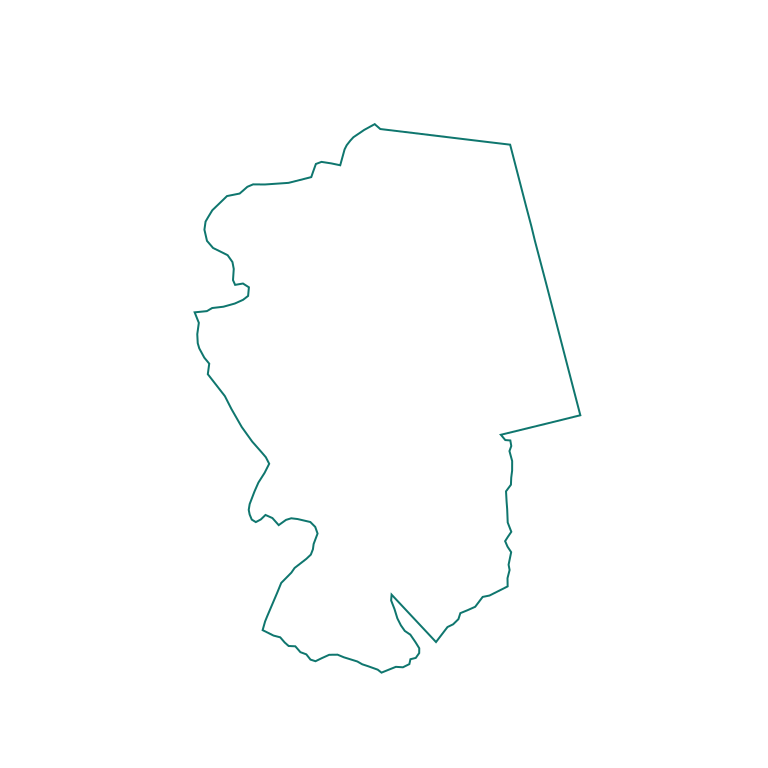 outline of Jataúba, Pernambuco, Brazil, rotated 325°
{"feature_id": "56859067B12457133814695", "entity_name": "Jataúba", "entity_type": "district", "adm_level": 2, "iso_a3": "BRA", "parent_name": "Brazil", "parent_adm1": "Pernambuco", "projection": "mercator", "projection_center": [-36.582, -8.057], "detail": "fine", "context": "isolated", "style": "outline", "palette": "teal", "viewbox_px": 768, "rotation_deg": 325, "n_neighbors": 0, "source": "geoboundaries", "source_scale": "gbopen_adm2", "svg_char_len": 2074}
<svg xmlns="http://www.w3.org/2000/svg" viewBox="0 0 768 768"><g transform="rotate(325 384 384)"><path d="M385.2,144.1L375.0,145.2L363.2,140.0L343.0,143.2L335.3,146.6L331.0,148.6L325.4,154.6L321.1,165.2L322.0,174.5L329.8,188.8L329.8,197.2L326.9,203.6L319.9,212.3L318.9,217.4L326.1,220.8L328.8,227.3L323.2,233.9L316.8,234.2L307.9,232.5L296.8,228.6L286.8,223.2L280.7,222.7L270.0,216.7L267.4,227.7L259.6,236.1L254.8,243.8L253.1,248.9L251.9,259.3L252.5,267.1L245.3,274.9L246.7,302.7L244.7,316.8L242.8,337.6L243.0,355.6L244.5,369.0L245.2,376.2L244.2,383.5L235.2,388.3L224.6,392.7L216.2,397.8L205.1,405.3L201.0,409.5L199.1,413.8L197.9,419.2L199.8,423.6L205.4,424.3L211.8,423.3L215.7,429.8L216.8,439.2L225.8,439.1L231.0,440.8L235.8,445.1L244.5,454.8L245.7,461.6L243.8,468.4L234.6,474.7L231.0,478.6L226.2,481.8L220.0,482.7L205.3,483.4L199.9,485.4L185.7,488.0L177.0,493.6L155.2,507.2L150.4,510.3L143.4,516.0L149.2,526.7L153.7,532.0L154.4,538.8L155.6,543.9L160.9,548.0L161.7,555.7L165.3,560.9L165.7,567.6L168.9,571.8L175.8,572.9L183.8,574.4L190.7,579.1L194.4,584.9L197.2,588.5L203.0,596.0L205.4,601.1L209.2,606.2L215.0,614.4L216.4,619.0L223.8,620.7L231.5,622.5L237.0,626.9L244.1,628.0L247.8,624.6L252.9,626.6L258.5,624.6L261.3,620.7L261.7,613.5L261.8,604.5L259.4,598.2L259.4,591.4L260.5,583.7L263.5,574.4L265.7,565.4L269.4,560.9L278.6,625.2L296.6,619.5L302.8,620.5L310.1,619.3L315.1,615.5L322.6,617.2L330.9,618.8L342.7,615.0L349.1,617.8L369.2,620.7L373.8,613.9L380.2,608.4L382.4,603.5L391.7,594.7L391.9,588.0L393.1,582.2L397.7,580.3L403.5,578.1L405.9,568.4L413.1,557.2L417.0,550.6L422.4,541.9L430.2,539.3L434.5,533.7L439.3,528.4L444.8,520.6L448.3,510.9L452.7,507.8L455.1,502.7L451.2,499.5L450.6,492.6L496.0,510.3L526.9,522.2L544.2,475.7L573.0,398.6L574.9,393.5L589.8,353.1L595.2,339.3L602.3,320.0L624.6,260.3L608.8,246.2L527.2,173.0L525.4,165.8L513.5,164.5L500.5,164.3L496.0,165.3L490.4,167.0L486.3,169.2L473.6,179.7L467.3,173.0L460.2,166.2L454.4,164.7L447.2,169.8L443.1,172.8L421.2,164.5L400.8,152.2L391.3,145.4L385.2,144.1Z" fill="none" stroke="#0f766e" stroke-width="2"/></g></svg>